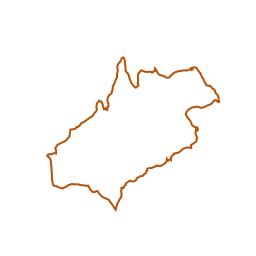 Lupeni, Hunedoara, Romania (Robinson projection), rotated 58°
{"feature_id": "2599482B30963415066220", "entity_name": "Lupeni", "entity_type": "district", "adm_level": 2, "iso_a3": "ROU", "parent_name": "Romania", "parent_adm1": "Hunedoara", "projection": "robinson", "projection_center": [23.198, 45.349], "detail": "fine", "context": "isolated", "style": "outline", "palette": "amber", "viewbox_px": 256, "rotation_deg": 58, "n_neighbors": 0, "source": "geoboundaries", "source_scale": "gbopen_adm2", "svg_char_len": 5713}
<svg xmlns="http://www.w3.org/2000/svg" viewBox="0 0 256 256"><g transform="rotate(58 128 128)"><path d="M190.7,181.8L186.5,177.3L186.2,176.4L185.5,175.3L185.0,174.2L183.7,172.4L183.4,171.6L183.3,171.0L182.8,170.3L182.0,169.5L181.0,168.8L178.8,167.6L177.7,167.3L176.9,166.0L175.6,165.7L175.2,164.8L176.3,163.8L176.4,163.3L175.3,162.0L175.1,160.1L174.2,159.5L173.6,158.5L173.8,157.4L173.7,154.3L176.0,152.3L176.6,149.9L176.2,148.3L175.3,147.1L175.4,146.0L175.5,144.4L175.4,143.0L176.3,141.6L176.2,140.0L175.7,138.9L175.7,136.9L175.1,136.2L174.7,135.8L174.6,135.0L174.2,134.1L173.1,133.7L172.9,132.8L173.0,131.7L174.4,129.3L174.8,126.9L175.2,124.8L174.9,124.0L175.4,123.9L176.0,122.1L176.7,121.7L177.3,120.8L177.8,117.9L177.3,113.9L176.3,112.6L174.8,111.3L177.0,111.3L177.0,108.6L177.8,108.4L176.7,107.7L176.0,107.3L175.7,106.9L175.3,106.2L175.2,105.9L175.0,105.1L174.8,104.9L174.9,104.1L174.4,103.3L174.0,102.3L174.5,101.9L174.9,99.7L175.6,98.8L175.7,98.2L175.3,94.1L174.7,93.0L175.7,88.4L178.4,85.0L175.8,83.5L175.8,80.4L175.6,77.4L172.8,74.5L168.5,73.7L165.5,71.4L166.9,70.6L166.8,70.1L166.0,69.4L165.0,69.0L163.8,69.3L163.8,70.0L162.0,71.2L160.7,71.8L158.8,72.2L157.8,71.8L156.4,71.5L154.4,71.5L154.0,71.6L153.0,71.7L152.5,71.8L150.6,72.0L147.0,71.7L145.7,70.3L144.6,67.9L144.4,64.1L144.8,62.1L145.6,60.4L146.4,58.2L147.4,57.3L148.3,56.3L149.5,55.6L149.6,55.0L150.0,54.6L150.3,54.0L150.5,52.2L150.8,51.4L150.8,49.9L151.1,47.9L151.4,47.3L151.7,45.1L151.3,43.3L150.2,39.8L150.6,39.6L151.1,39.1L151.3,38.6L152.1,38.2L153.0,38.1L153.7,37.7L154.2,37.1L152.8,36.3L151.7,36.0L151.1,35.5L149.5,34.8L148.8,34.8L148.1,34.6L146.9,34.7L145.9,34.9L145.0,35.3L143.8,34.8L142.2,34.4L141.8,34.6L139.7,34.9L139.4,35.2L138.5,35.7L136.9,35.7L136.1,35.9L135.9,36.0L135.6,36.4L135.2,37.1L134.8,37.4L134.3,37.9L133.7,38.3L133.2,38.9L132.5,39.0L131.9,38.7L131.1,38.4L130.7,38.7L130.2,38.6L129.0,38.7L128.3,38.5L127.5,38.2L126.9,38.1L125.9,38.1L125.3,38.3L124.7,38.3L124.3,38.2L123.1,38.2L122.2,37.9L121.1,37.9L120.3,37.6L119.8,37.5L119.6,37.6L119.1,37.9L114.5,38.1L113.6,38.0L112.9,38.6L111.7,39.5L111.3,40.0L111.4,41.2L110.8,42.0L110.7,42.7L110.7,42.9L110.9,43.0L111.1,43.0L112.5,42.6L112.4,42.9L112.3,43.7L112.1,43.9L111.4,44.4L110.9,44.8L110.7,45.2L110.7,45.5L110.7,46.3L110.6,47.2L110.5,47.8L109.2,49.2L108.8,49.9L108.3,51.1L108.1,51.7L107.7,53.0L107.2,53.8L106.9,54.0L106.4,55.9L105.7,58.8L105.6,59.9L106.1,62.5L106.2,64.2L106.5,64.7L106.5,64.9L106.9,65.6L107.0,65.9L107.0,66.3L106.8,66.9L106.1,68.1L105.8,68.5L105.7,68.7L105.4,68.9L104.2,69.3L103.8,69.5L103.6,69.8L103.3,69.9L102.7,70.6L100.6,72.1L99.7,73.0L98.7,73.5L97.9,73.7L97.2,73.7L95.9,73.6L92.5,73.4L91.7,73.5L92.2,74.0L93.9,74.5L93.6,77.1L93.7,77.3L93.9,77.3L94.0,77.4L93.8,77.7L93.7,78.3L93.1,78.2L91.5,80.2L91.2,81.2L89.9,82.9L89.6,83.4L89.0,84.0L86.1,86.3L86.2,87.0L86.6,87.9L86.7,88.6L87.1,89.4L87.2,90.2L87.3,90.4L87.7,90.7L88.1,91.1L88.3,91.3L89.1,91.8L90.0,92.6L90.3,92.8L91.8,93.4L93.1,94.3L94.0,94.7L94.5,95.1L94.8,95.7L95.0,95.9L95.5,95.9L95.7,96.1L95.9,96.3L96.3,96.4L97.1,96.4L97.3,96.5L97.1,97.0L97.3,97.2L97.5,97.2L97.7,97.5L97.7,98.3L97.8,99.6L97.9,100.0L96.7,100.7L94.4,101.1L91.1,101.2L86.6,100.4L82.9,99.3L81.5,99.2L80.2,99.6L78.2,99.7L77.3,99.2L74.6,97.5L73.2,97.2L71.1,96.0L68.0,94.5L65.7,94.6L65.3,95.8L65.7,96.7L66.7,97.7L67.5,99.4L67.9,100.4L67.9,101.0L68.0,101.2L68.3,101.7L68.6,102.5L69.7,104.1L70.2,104.6L70.6,104.8L73.5,106.0L74.1,106.4L75.3,107.5L76.2,108.6L79.1,110.4L79.6,111.0L79.9,111.9L80.1,112.2L80.5,112.5L80.8,113.3L82.0,114.5L82.5,115.4L83.8,117.0L84.2,118.0L84.4,118.5L85.0,119.1L85.6,119.4L85.9,119.7L86.4,120.1L86.8,120.5L87.5,120.8L87.9,121.3L88.1,121.9L88.5,122.5L89.2,122.7L89.3,122.9L89.6,123.3L89.7,123.6L89.6,124.0L89.9,124.4L89.9,124.9L90.2,125.9L90.2,126.5L90.5,127.4L91.9,129.3L92.6,130.1L93.3,130.7L93.7,130.9L96.6,131.6L97.9,132.2L98.7,132.7L99.1,132.9L99.3,133.3L99.4,133.9L100.0,134.5L100.4,135.3L100.9,135.8L101.4,136.0L101.6,136.1L101.0,136.5L100.0,136.4L100.1,136.5L99.9,137.5L99.6,138.4L99.0,138.3L98.4,138.1L96.0,137.6L95.1,137.2L93.8,136.9L92.2,136.6L91.7,136.6L91.3,136.8L91.0,137.0L90.5,137.6L89.5,138.2L90.2,138.7L90.3,139.1L90.3,140.5L90.6,141.4L91.3,142.0L93.8,143.9L95.9,144.5L97.1,146.6L97.6,148.5L98.9,151.3L99.2,157.6L99.6,162.7L99.0,164.7L100.1,167.3L100.7,170.0L100.3,170.6L99.9,171.6L100.7,172.7L100.4,174.4L98.8,177.7L104.3,182.3L105.0,185.1L105.8,187.2L104.9,196.8L106.6,200.3L108.9,200.9L111.5,202.5L110.0,204.3L109.7,206.9L108.7,208.1L108.2,209.7L108.8,211.3L110.2,210.8L110.6,210.7L112.1,210.3L113.2,210.4L113.7,210.5L115.3,211.0L116.6,211.6L117.5,212.4L118.7,212.9L120.9,213.8L121.8,214.3L124.3,215.9L125.7,216.4L127.5,217.4L129.1,218.4L131.4,219.8L133.4,220.6L134.8,221.0L135.9,221.4L136.5,221.6L137.1,221.6L137.3,221.6L137.9,221.2L138.6,220.2L139.6,219.4L140.0,219.2L141.5,218.4L142.3,217.7L143.3,216.6L144.3,215.8L144.6,215.5L144.8,215.2L144.8,214.9L144.8,214.5L144.7,213.8L144.8,213.0L145.1,212.4L145.1,212.1L145.1,211.6L144.9,210.5L144.8,209.1L145.0,208.4L145.3,207.7L145.4,207.3L145.3,206.8L145.3,206.4L145.4,206.1L146.5,204.3L146.8,203.9L147.4,203.4L148.0,202.2L149.5,200.0L150.2,199.3L150.8,198.9L151.5,198.4L151.7,198.1L152.0,197.4L152.2,197.1L152.5,196.8L153.6,195.3L154.0,194.9L154.5,194.6L155.0,194.3L155.1,194.1L155.2,193.6L155.4,192.8L155.6,192.4L157.4,192.4L160.0,192.6L163.3,191.9L163.9,191.6L164.2,191.1L164.5,190.5L164.7,189.7L164.8,189.1L164.7,188.4L164.7,188.2L165.0,187.8L165.4,187.5L166.0,187.2L168.6,187.2L169.8,187.0L172.9,186.2L173.5,185.8L174.8,185.0L175.3,184.6L177.2,183.4L178.3,182.6L178.8,182.3L179.4,182.3L180.2,182.4L181.1,182.3L182.7,182.0L184.8,182.0L185.9,181.8L188.7,182.0L189.8,181.8L190.7,181.8Z" fill="none" stroke="#b45309" stroke-width="2"/></g></svg>